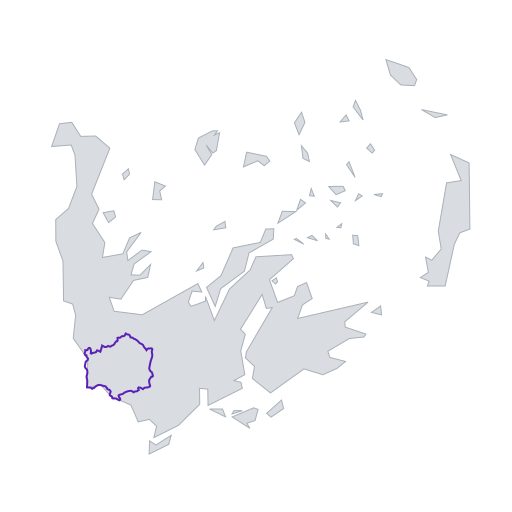 where Dytiki Makedonia sits in Greece, rotated 274°
{"feature_id": "GRC-2892", "entity_name": "Dytiki Makedonia", "entity_type": "Region", "adm_level": 1, "iso_a3": "GRC", "parent_name": "Greece", "parent_adm1": "", "projection": "equal_earth", "projection_center": [21.4, 40.362], "detail": "fine", "context": "in_parent", "style": "outline", "palette": "violet", "viewbox_px": 512, "rotation_deg": 274, "n_neighbors": 0, "source": "natural_earth", "source_scale": "10m", "svg_char_len": 5917}
<svg xmlns="http://www.w3.org/2000/svg" viewBox="0 0 512 512"><g transform="rotate(274 256 256)"><path d="M351.0,44.5L374.2,50.8L376.5,62.9L363.1,72.8L364.5,87.6L353.4,102.7L306.2,87.7L291.8,96.1L277.0,90.6L258.8,104.3L243.8,102.9L248.9,123.1L265.2,128.6L271.5,139.7L251.1,126.7L242.5,128.5L253.9,141.8L253.0,151.0L239.6,135.0L228.4,132.6L228.8,141.7L240.2,151.4L227.1,149.5L223.1,135.5L203.5,124.2L204.6,112.5L191.0,118.3L189.4,146.6L224.4,199.9L216.3,204.4L216.5,194.7L205.2,191.7L201.3,194.7L203.6,200.2L207.4,208.8L212.1,208.4L188.7,219.0L221.1,231.8L241.7,251.1L255.2,256.0L259.8,291.4L255.9,293.5L233.3,271.0L211.2,280.8L219.0,297.0L228.5,299.6L233.0,308.3L217.5,315.0L210.4,305.7L196.6,301.9L217.8,371.0L196.5,349.1L191.3,350.0L185.7,371.1L182.7,369.3L180.2,354.9L166.0,334.3L160.0,336.7L157.0,352.7L149.6,344.7L142.2,331.0L146.7,311.7L120.4,280.0L133.6,260.9L145.7,262.2L153.6,252.6L159.7,253.1L205.7,275.8L204.4,270.0L218.1,264.8L181.9,245.7L177.1,250.8L160.2,247.4L136.9,253.1L130.2,242.7L128.9,249.8L123.1,251.6L103.6,218.6L119.8,217.2L120.1,208.9L104.1,210.2L81.6,190.4L67.7,166.8L79.3,168.7L85.6,161.0L82.3,150.1L98.6,141.6L105.6,121.4L116.2,110.5L113.1,96.6L141.6,95.4L161.1,79.4L184.4,80.2L195.2,76.5L197.8,67.2L237.4,63.8L256.9,55.3L278.4,53.7L290.4,65.7L312.8,72.5L344.0,68.4L353.8,63.9L351.0,44.5ZM251.6,429.1L266.7,425.3L264.0,431.6L275.9,440.3L293.6,436.1L342.3,441.0L345.5,455.4L370.8,443.1L363.7,462.1L297.8,467.5L293.3,457.6L281.4,453.0L239.3,446.8L238.0,429.1L243.0,430.4L246.0,421.4L251.6,429.1ZM221.2,208.8L233.9,222.4L262.5,232.6L269.9,259.4L283.6,263.9L284.4,271.9L274.0,272.0L258.6,248.8L240.1,245.5L221.0,223.1L202.9,218.8L221.2,208.8ZM369.6,190.3L377.8,203.9L378.2,208.8L373.7,206.1L376.5,211.1L358.3,209.1L355.7,205.7L363.3,198.5L354.0,204.8L343.1,198.3L358.0,187.6L369.6,190.3ZM443.2,404.0L437.0,402.2L436.7,388.6L445.9,377.5L461.0,371.9L454.7,395.3L443.2,404.0ZM356.2,259.5L351.7,263.1L346.6,257.9L351.1,251.1L344.0,237.3L358.9,239.4L356.2,259.5ZM93.8,243.5L104.4,264.3L103.1,268.8L91.8,266.5L88.5,258.5L83.7,261.9L93.8,243.5ZM71.2,183.9L62.0,182.1L51.0,163.2L64.2,162.8L60.4,169.3L71.2,183.9ZM323.0,149.9L319.4,160.7L314.2,155.4L305.5,157.9L305.1,148.9L323.0,149.9ZM391.5,285.0L402.6,291.4L392.7,295.5L380.0,290.5L391.5,285.0ZM291.2,111.0L285.2,113.2L279.1,106.6L288.5,100.5L291.2,111.0ZM99.8,277.6L114.1,291.5L105.8,294.2L96.3,282.3L99.8,277.6ZM331.6,338.1L327.4,340.5L322.7,331.6L330.4,323.7L331.6,338.1ZM302.5,279.1L303.0,292.5L290.3,275.6L302.5,279.1ZM413.6,410.9L410.1,437.1L406.6,425.1L413.6,410.9ZM101.0,233.3L93.4,236.8L100.1,220.4L101.0,233.3ZM214.9,383.8L206.0,385.4L207.8,375.1L214.9,383.8ZM399.1,353.3L411.5,342.5L418.1,344.4L408.6,350.1L399.1,353.3ZM354.0,302.7L356.6,296.1L369.1,293.6L362.3,300.3L354.0,302.7ZM316.6,326.7L315.0,336.6L310.5,333.9L316.6,326.7ZM315.6,296.4L312.4,301.7L304.6,293.5L315.6,296.4ZM288.3,222.6L282.0,223.9L279.2,212.0L282.9,214.3L288.3,222.6ZM334.1,122.6L328.8,124.2L322.9,119.1L328.5,117.1L334.1,122.6ZM283.5,351.0L283.3,356.1L273.5,357.9L275.0,352.3L283.5,351.0ZM356.5,342.2L341.3,349.4L353.4,340.0L356.5,342.2ZM276.3,295.2L271.1,302.8L275.3,293.1L276.3,295.2ZM327.1,306.4L319.7,310.0L319.9,305.2L327.1,306.4ZM375.9,362.3L369.8,367.0L366.8,364.7L371.4,358.9L375.9,362.3ZM403.0,336.0L397.3,339.5L395.6,330.6L403.0,336.0ZM280.4,310.4L275.5,316.3L277.9,306.1L280.4,310.4ZM100.3,244.9L100.7,253.2L96.7,243.1L100.3,244.9ZM325.2,354.0L323.3,357.7L318.2,351.4L325.2,354.0ZM245.8,203.6L240.4,204.8L236.9,197.8L245.8,203.6ZM235.7,277.8L231.7,279.3L229.4,277.5L232.4,273.7L235.7,277.8ZM282.8,324.0L277.9,327.8L278.6,324.3L282.8,324.0ZM325.6,369.4L327.0,377.9L323.9,376.7L325.6,369.4ZM294.2,339.3L290.1,338.7L290.2,334.7L294.2,339.3Z" fill="#d9dde1" stroke="#a8b0b8" stroke-width="1"/><path d="M110.6,120.5L111.8,119.7L112.2,119.1L112.4,118.8L112.5,118.5L112.5,117.7L112.8,117.1L113.3,116.8L113.9,116.6L114.2,116.0L114.6,115.7L115.0,115.4L115.4,115.1L115.6,114.4L115.7,114.0L115.7,113.5L115.8,112.7L116.3,110.6L116.5,109.5L116.4,108.3L116.1,107.2L115.6,106.3L114.4,104.8L113.0,103.6L112.8,103.1L112.8,102.6L112.6,102.2L112.1,101.8L112.9,100.8L113.2,99.5L113.1,96.6L120.0,96.4L123.3,95.4L124.5,95.4L126.2,95.8L127.0,95.9L128.6,95.9L130.1,95.6L130.9,95.2L132.6,93.5L133.7,93.0L134.8,93.0L138.4,93.5L138.6,93.5L140.6,95.4L141.9,95.6L142.3,95.3L143.4,94.3L143.9,93.9L144.2,93.8L144.8,93.9L145.1,93.8L145.2,93.5L145.3,92.7L145.4,92.4L146.7,91.8L149.2,92.4L150.1,92.2L150.4,94.3L152.0,95.1L152.7,95.8L152.6,96.7L151.8,97.4L150.9,97.7L149.1,98.1L147.4,98.0L147.1,98.8L147.8,99.6L148.6,102.4L149.1,103.3L150.7,103.9L150.7,104.8L149.6,107.4L150.4,107.7L151.3,107.7L153.2,108.3L154.1,108.3L154.8,108.8L155.9,108.8L154.7,111.4L154.8,113.1L156.0,114.8L155.4,116.4L155.5,117.3L156.2,117.9L157.2,119.9L158.0,120.7L159.7,121.5L161.2,122.6L161.2,123.4L162.0,123.9L164.6,123.5L165.0,124.4L164.9,125.2L165.0,126.1L166.6,127.8L166.8,129.5L167.4,130.5L169.6,131.5L168.8,132.9L168.7,134.7L168.1,135.5L166.2,136.4L165.9,137.3L166.0,138.5L164.9,139.9L164.5,141.5L163.1,143.8L160.9,146.1L160.4,147.7L159.5,149.4L157.6,150.5L155.4,152.6L154.4,153.3L155.9,154.3L156.3,155.2L156.2,156.0L156.6,157.7L156.4,158.6L155.8,159.1L153.3,158.7L149.8,159.5L148.2,159.4L143.5,158.2L136.5,157.3L134.7,158.0L133.8,158.7L132.7,160.2L131.7,160.7L129.8,161.4L128.9,161.5L128.3,160.9L128.3,160.0L125.2,158.2L123.5,158.1L120.9,158.7L119.1,159.5L118.3,159.2L117.4,157.3L116.8,153.9L115.3,152.5L116.6,150.0L116.7,148.1L115.9,147.5L114.1,148.4L112.8,146.7L112.2,144.1L111.5,143.5L112.7,141.3L112.8,140.3L112.2,137.7L111.0,135.0L109.0,132.5L108.1,129.7L107.4,128.7L105.6,129.1L105.0,129.9L104.1,130.4L103.2,130.5L102.7,130.0L102.5,129.8L103.2,128.0L103.7,127.0L104.0,126.5L104.1,125.7L104.1,125.1L103.9,123.4L104.0,122.9L104.4,122.4L105.4,122.2L105.8,122.0L106.2,121.3L106.4,120.7L106.6,120.2L107.2,119.8L108.5,119.8L109.6,120.3L110.6,120.5Z" fill="none" stroke="#5b21b6" stroke-width="2"/></g></svg>